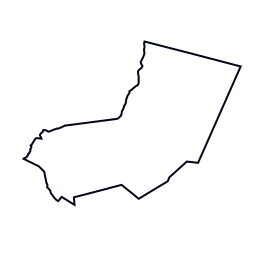 Canto do Buriti, Piauí, Brazil, rotated 195°
{"feature_id": "56859067B86089589706216", "entity_name": "Canto do Buriti", "entity_type": "district", "adm_level": 2, "iso_a3": "BRA", "parent_name": "Brazil", "parent_adm1": "Piauí", "projection": "mercator", "projection_center": [-43.146, -8.333], "detail": "fine", "context": "isolated", "style": "outline", "palette": "ink", "viewbox_px": 256, "rotation_deg": 195, "n_neighbors": 0, "source": "geoboundaries", "source_scale": "gbopen_adm2", "svg_char_len": 2139}
<svg xmlns="http://www.w3.org/2000/svg" viewBox="0 0 256 256"><g transform="rotate(195 128 128)"><path d="M39.7,187.1L35.6,213.3L35.1,216.6L87.4,216.3L134.4,215.8L134.4,214.6L134.3,213.8L134.1,213.0L133.3,211.4L133.0,210.7L132.9,208.9L132.9,208.2L132.7,207.4L132.0,205.6L131.5,204.8L131.4,203.9L131.7,200.2L132.2,198.1L132.8,195.1L132.3,193.8L131.8,193.4L131.2,192.6L130.1,191.8L130.1,190.9L130.5,189.6L131.1,188.9L131.6,188.2L132.1,187.3L132.7,186.5L132.9,185.9L132.8,185.0L132.6,184.0L132.3,183.1L131.9,182.3L131.1,180.4L130.7,179.6L130.5,178.8L130.3,177.5L129.5,175.1L129.4,174.3L129.5,173.1L129.6,172.4L129.8,171.7L130.6,171.1L131.3,170.4L132.0,169.4L132.7,168.5L133.4,167.3L135.2,164.8L136.1,164.1L136.1,163.4L135.7,162.5L136.1,161.0L136.9,158.8L136.8,157.5L136.9,156.6L137.1,155.5L137.1,154.5L136.7,152.9L136.7,151.9L136.7,150.9L137.0,149.4L137.5,148.5L137.4,147.0L137.5,146.2L137.5,144.8L137.8,144.1L138.0,143.2L138.2,142.3L138.1,141.5L137.8,139.5L138.1,138.6L138.1,137.7L138.5,137.1L139.1,136.2L139.9,135.1L140.3,134.3L189.7,113.9L190.4,113.3L191.2,112.5L191.8,112.1L192.4,111.5L193.0,111.0L194.0,110.4L195.3,109.3L196.7,109.0L197.5,108.4L198.4,107.7L200.1,106.7L201.0,105.8L201.9,105.1L203.5,104.0L204.5,103.9L205.4,104.2L206.4,104.6L207.6,104.3L208.5,104.3L209.4,103.9L209.4,102.0L209.9,101.6L210.4,100.8L210.9,99.9L211.2,99.1L211.3,98.4L208.9,95.3L210.8,95.0L213.3,94.7L214.1,94.3L214.6,93.7L214.9,93.0L215.2,92.1L216.9,86.4L217.5,86.0L217.1,85.5L216.4,84.8L216.4,83.6L216.7,82.8L216.9,82.0L216.4,81.1L216.4,80.1L216.9,79.0L216.9,78.0L217.7,77.3L217.5,76.1L217.9,75.0L218.4,73.9L219.1,73.0L219.7,72.5L220.5,71.9L220.9,71.2L204.2,67.9L197.6,64.1L195.5,59.7L192.3,53.4L191.5,52.8L191.0,51.8L190.8,51.0L190.8,49.9L190.0,49.3L189.2,49.1L187.9,48.0L187.2,47.6L186.6,47.1L186.3,46.2L185.9,45.5L184.7,44.4L183.6,43.5L181.9,42.2L181.0,41.4L178.8,40.1L177.7,39.6L176.4,39.4L174.3,44.3L159.8,39.9L162.3,47.1L158.1,49.4L132.9,63.7L131.1,64.8L119.5,71.4L107.5,66.1L99.3,62.4L81.8,80.7L80.0,82.5L75.9,86.7L75.2,91.2L62.5,110.8L51.3,112.5L44.8,154.2L41.5,175.5L40.9,179.1L39.7,187.1Z" fill="none" stroke="#020617" stroke-width="2"/></g></svg>